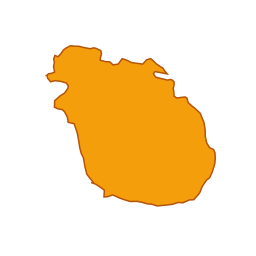 Tersefanou, Larnaca, Cyprus, rotated 289°
{"feature_id": "46923920B60167976354969", "entity_name": "Tersefanou", "entity_type": "district", "adm_level": 2, "iso_a3": "CYP", "parent_name": "Cyprus", "parent_adm1": "Larnaca", "projection": "albers", "projection_center": [33.549, 34.861], "detail": "fine", "context": "isolated", "style": "filled", "palette": "amber", "viewbox_px": 256, "rotation_deg": 289, "n_neighbors": 0, "source": "geoboundaries", "source_scale": "gbopen_adm2", "svg_char_len": 1677}
<svg xmlns="http://www.w3.org/2000/svg" viewBox="0 0 256 256"><g transform="rotate(289 128 128)"><path d="M64.4,111.0L64.4,115.6L62.8,121.9L61.5,125.9L55.0,127.7L56.3,131.0L59.7,135.2L59.4,139.4L59.0,143.7L59.0,147.8L59.2,154.0L59.5,154.7L61.6,160.5L62.2,164.7L62.3,165.4L62.6,171.2L63.7,175.2L63.8,180.9L67.4,188.9L70.4,195.0L73.9,199.7L75.2,204.3L79.9,209.4L81.6,213.5L87.3,215.9L90.1,216.9L96.5,217.2L97.3,217.3L104.0,219.1L107.6,221.4L112.8,221.9L114.0,222.0L122.5,221.7L127.4,220.5L132.9,218.3L135.5,215.9L136.0,211.5L139.5,207.3L145.2,203.8L151.5,201.5L158.3,197.8L161.0,195.3L165.3,191.6L165.5,191.4L168.6,184.4L169.3,182.0L171.7,176.5L175.6,173.9L175.9,171.8L173.9,167.7L172.3,164.5L173.0,161.3L177.9,159.2L179.8,157.9L183.4,157.6L186.5,156.6L187.7,154.5L187.7,152.3L186.2,149.9L185.6,143.8L185.1,137.5L187.5,134.4L190.1,135.1L191.3,143.1L191.9,147.5L194.5,143.2L196.0,141.5L196.7,137.9L197.9,133.8L199.8,129.9L201.0,126.8L198.5,123.4L193.2,121.1L192.3,116.5L191.0,109.8L191.7,105.5L191.7,99.9L185.3,98.0L182.8,93.3L184.7,89.1L183.5,85.7L183.0,79.7L185.3,79.1L189.5,78.8L192.3,77.1L192.9,71.9L192.6,69.4L190.7,66.6L189.7,59.9L189.3,55.1L188.1,51.3L187.1,46.9L183.7,43.6L180.8,41.6L176.5,40.4L172.6,38.6L172.8,35.3L169.1,35.2L166.1,37.0L161.8,37.6L157.0,40.4L154.7,37.8L153.5,35.3L151.3,34.0L151.4,34.3L148.9,35.8L146.5,39.7L149.0,43.7L150.2,49.4L150.5,55.0L148.3,57.9L145.8,58.2L140.5,56.7L136.0,53.2L129.9,49.8L123.7,51.7L123.3,55.7L124.0,59.9L122.7,62.7L118.6,67.1L113.9,69.6L114.5,75.7L107.5,81.1L105.2,82.6L98.6,86.2L93.7,88.8L88.7,92.1L85.2,95.6L78.1,99.5L76.0,100.8L70.9,104.1L64.9,113.4L64.4,111.0Z" fill="#f59e0b" stroke="#b45309" stroke-width="1.5"/></g></svg>